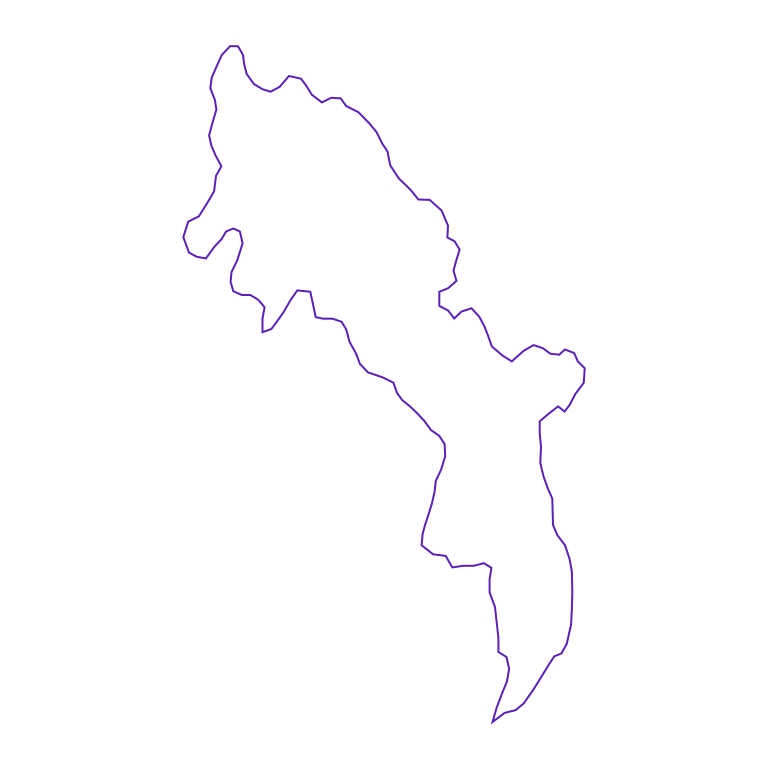 Piranguinho, Minas Gerais, Brazil (Equal Earth projection)
{"feature_id": "56859067B29360452695295", "entity_name": "Piranguinho", "entity_type": "district", "adm_level": 2, "iso_a3": "BRA", "parent_name": "Brazil", "parent_adm1": "Minas Gerais", "projection": "equal_earth", "projection_center": [-45.586, -22.378], "detail": "fine", "context": "isolated", "style": "outline", "palette": "violet", "viewbox_px": 768, "rotation_deg": 0, "n_neighbors": 0, "source": "geoboundaries", "source_scale": "gbopen_adm2", "svg_char_len": 2292}
<svg xmlns="http://www.w3.org/2000/svg" viewBox="0 0 768 768"><path d="M492.6,721.9L504.6,712.9L515.7,710.1L523.8,703.4L528.7,696.2L533.8,689.0L539.2,680.3L544.6,671.5L549.5,663.6L554.2,656.4L561.5,653.4L566.8,643.7L568.9,634.3L571.1,624.5L571.9,608.0L572.3,592.7L571.9,572.0L569.6,559.1L565.0,545.3L557.4,535.2L553.0,525.0L552.7,513.1L552.3,498.6L547.8,488.4L543.4,475.9L540.3,463.1L541.0,447.0L539.7,433.1L539.7,421.3L548.1,414.2L558.1,406.4L564.6,411.6L569.7,404.8L575.4,393.9L583.8,382.7L584.7,368.2L577.8,361.4L574.2,353.1L565.0,349.5L559.2,354.7L550.3,353.7L542.7,348.1L533.5,345.1L523.8,350.7L511.8,361.4L502.7,355.7L491.9,346.5L488.0,335.6L484.7,327.0L479.3,316.7L471.5,308.3L461.6,311.5L454.2,318.5L448.1,310.5L439.3,305.9L439.3,291.8L448.1,288.2L456.5,280.9L453.5,270.7L456.0,261.4L459.6,249.6L454.6,241.3L447.4,237.5L448.0,225.6L441.5,210.4L429.7,199.9L418.4,199.5L410.8,190.1L398.8,178.4L390.2,165.3L387.5,151.5L382.3,143.6L376.4,131.9L369.1,123.1L358.4,112.2L346.1,106.0L340.8,98.4L331.2,97.8L321.9,102.4L311.8,94.7L306.4,85.9L301.0,78.7L289.0,76.0L279.6,86.9L270.6,91.7L262.2,89.1L253.8,83.9L246.7,74.0L244.2,64.4L243.0,54.9L238.0,46.3L230.2,46.1L221.8,54.9L216.0,67.8L211.8,77.3L210.3,88.1L214.9,100.0L216.4,109.6L212.3,123.5L209.1,135.4L211.4,145.8L215.6,155.5L221.4,166.3L216.0,175.8L214.1,191.3L207.2,203.1L198.8,216.4L188.3,221.6L183.3,237.1L189.0,252.6L196.8,256.8L206.0,258.4L214.5,246.6L221.4,239.3L226.1,231.5L233.3,228.5L239.9,231.5L242.6,243.3L237.2,260.4L231.5,272.1L230.6,282.1L233.3,291.2L241.8,295.0L250.4,295.0L258.5,300.0L264.6,307.3L262.5,318.5L262.5,332.2L271.4,329.0L278.7,319.1L284.1,311.3L290.2,300.6L297.3,290.4L310.3,291.8L313.3,305.7L315.7,317.1L323.1,318.7L332.5,318.7L341.5,321.7L346.2,329.4L349.6,341.9L356.1,353.7L360.0,364.0L368.0,372.4L382.7,377.4L393.4,382.7L397.0,392.9L402.2,400.1L410.0,406.4L416.5,412.6L424.3,420.9L431.0,430.1L439.1,435.7L444.6,444.0L445.2,456.4L441.0,469.9L435.8,480.8L434.6,491.6L431.9,503.5L428.0,516.1L425.0,525.0L422.6,534.2L421.6,545.3L433.1,554.3L445.7,555.9L452.3,567.4L463.4,565.8L473.7,565.8L483.9,563.2L491.4,567.8L489.6,579.2L489.6,592.5L495.0,607.0L496.8,623.5L498.4,637.9L498.4,652.0L506.5,657.0L509.1,668.9L507.0,681.3L501.9,693.8L496.5,708.1L492.6,721.9Z" fill="none" stroke="#5b21b6" stroke-width="2"/></svg>